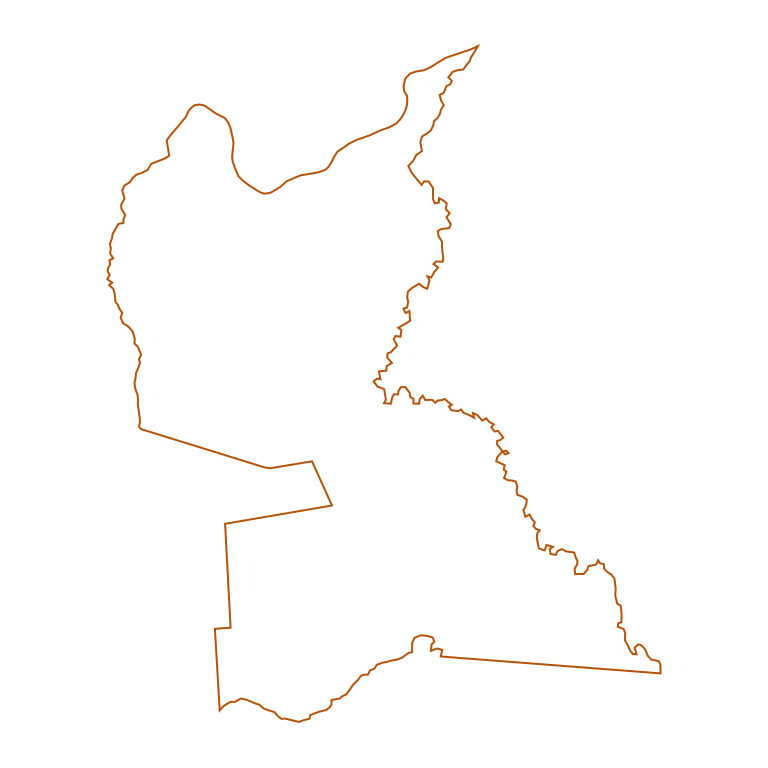 Britânia, Goiás, Brazil
{"feature_id": "56859067B24733519848985", "entity_name": "Britânia", "entity_type": "district", "adm_level": 2, "iso_a3": "BRA", "parent_name": "Brazil", "parent_adm1": "Goiás", "projection": "mercator", "projection_center": [-51.172, -15.205], "detail": "fine", "context": "isolated", "style": "outline", "palette": "amber", "viewbox_px": 768, "rotation_deg": 0, "n_neighbors": 0, "source": "geoboundaries", "source_scale": "gbopen_adm2", "svg_char_len": 5200}
<svg xmlns="http://www.w3.org/2000/svg" viewBox="0 0 768 768"><path d="M166.7,140.3L169.2,155.8L164.8,158.5L151.1,163.9L147.7,169.9L140.7,173.3L136.6,174.6L132.8,177.8L129.9,182.2L124.4,185.6L122.2,190.6L124.5,198.4L121.1,204.9L121.5,209.1L125.2,214.9L123.5,219.5L123.4,222.9L118.3,224.0L112.7,233.8L112.0,238.3L109.9,244.0L110.8,248.2L110.1,253.5L113.2,258.4L109.5,260.2L110.1,264.5L108.2,267.8L107.6,271.3L109.7,274.8L107.4,279.3L112.2,282.7L109.1,285.0L113.3,288.8L114.7,294.0L115.4,301.7L117.8,304.7L119.5,308.8L122.2,312.9L120.6,317.5L123.2,323.5L127.6,326.0L130.3,328.7L132.6,331.3L134.7,338.5L134.5,343.6L137.8,346.5L139.1,350.0L141.2,354.6L138.9,359.3L140.0,362.8L138.2,368.0L136.1,372.7L135.5,378.4L134.4,383.4L135.5,389.3L137.5,394.6L138.0,400.0L137.8,403.9L138.5,409.0L139.6,417.2L140.0,422.3L138.9,426.5L141.0,429.1L264.3,467.3L270.0,468.3L312.0,461.3L332.0,505.5L259.5,517.9L225.1,523.8L227.8,575.3L230.6,627.7L214.9,628.8L219.7,710.4L223.5,706.1L230.3,701.9L235.3,701.7L240.9,698.5L246.7,699.8L255.7,703.6L259.6,704.8L262.8,708.0L267.4,710.0L274.5,712.1L278.1,716.3L281.5,718.9L285.3,718.6L293.0,720.5L298.9,721.9L303.8,720.1L309.3,718.8L310.4,715.0L319.3,711.7L326.1,710.0L329.7,707.3L331.5,704.5L331.5,700.0L339.6,698.5L342.2,696.3L346.2,694.4L349.5,690.0L353.0,684.9L358.3,679.5L360.7,676.0L364.1,674.7L368.0,674.5L370.0,670.4L374.3,668.8L376.8,664.9L382.4,662.7L386.5,662.1L390.2,660.8L397.4,659.5L402.5,657.5L405.1,655.4L408.5,653.0L412.1,652.2L412.1,647.8L412.2,642.8L414.5,637.8L421.0,635.3L427.3,635.9L432.6,637.5L434.3,641.7L431.6,644.4L430.9,650.8L437.2,648.5L442.2,649.9L440.8,656.5L660.6,673.4L660.4,664.3L658.7,661.1L651.3,659.6L647.6,655.6L645.5,650.0L641.8,645.5L638.2,644.4L634.7,647.6L636.5,654.3L632.7,653.9L629.8,649.9L627.7,645.1L625.0,640.4L625.2,632.9L623.6,629.0L617.8,626.8L618.2,623.3L621.4,622.3L621.6,614.7L620.8,605.8L617.1,603.5L615.2,595.0L615.7,588.9L615.1,583.8L614.4,578.5L611.3,574.5L607.6,572.2L604.1,568.8L603.9,564.3L600.0,563.2L598.1,560.3L596.1,564.6L588.4,566.2L587.4,569.8L583.6,574.0L578.6,574.0L575.2,574.2L574.6,568.8L577.1,564.6L577.5,561.0L575.9,558.0L574.1,552.5L566.2,551.4L561.9,549.1L557.6,550.9L555.8,554.9L550.6,554.0L549.7,549.3L552.9,546.9L546.5,544.9L544.7,550.4L538.8,548.4L536.8,537.9L537.3,533.3L539.7,530.4L535.7,528.7L533.4,526.1L534.8,522.5L531.8,518.8L529.5,514.5L525.4,516.9L523.4,509.9L525.3,506.9L526.4,503.7L526.7,499.5L522.5,496.6L517.3,494.8L516.6,490.8L517.3,486.5L515.7,481.5L511.9,480.5L507.8,480.2L504.0,478.1L505.3,474.9L506.4,471.6L503.7,469.6L504.7,465.2L500.1,463.1L496.2,461.2L497.4,457.1L502.4,451.4L500.5,448.5L497.1,444.5L497.2,440.9L500.6,439.9L503.3,437.5L498.0,430.9L494.7,431.5L491.3,427.3L493.8,424.3L489.2,421.9L486.3,418.4L482.2,420.5L477.3,415.0L473.0,413.1L474.1,417.8L469.1,415.0L463.5,412.8L461.2,409.5L457.8,411.1L451.4,410.3L449.0,406.5L451.9,404.8L447.9,401.8L444.8,399.0L441.5,400.2L437.9,400.5L435.3,402.7L432.0,399.8L425.2,400.0L422.8,395.7L419.6,399.2L419.1,403.7L413.4,403.5L413.4,398.8L410.1,396.8L409.7,392.9L405.3,387.1L400.8,387.2L398.5,391.0L397.9,394.4L394.0,394.2L392.2,397.4L390.9,403.7L384.0,403.2L385.9,399.8L384.2,389.1L377.4,386.6L373.6,381.2L377.2,378.6L380.4,379.2L378.9,371.4L386.3,370.7L386.8,366.0L391.9,362.9L387.2,357.6L387.6,353.4L390.9,352.2L397.1,345.6L393.7,339.3L395.4,336.0L400.5,336.7L401.4,330.2L398.3,327.7L406.6,323.1L410.1,320.7L409.4,311.1L405.5,313.0L403.5,308.6L407.1,307.3L408.2,302.0L407.1,297.0L408.0,291.4L412.1,287.9L419.1,283.7L422.9,286.9L427.0,288.8L428.2,285.5L429.5,280.3L427.4,276.4L431.3,277.4L434.3,272.0L438.1,267.5L433.5,264.1L436.0,261.5L442.7,261.7L443.3,257.9L442.4,251.6L442.0,246.9L442.0,241.8L438.6,236.1L437.8,231.0L441.3,229.0L449.2,228.1L450.8,224.2L446.5,217.3L449.7,213.2L445.8,209.2L446.7,203.6L443.9,200.8L439.0,198.2L438.8,202.6L434.7,203.3L433.1,199.3L433.0,188.0L428.6,181.5L424.0,181.4L421.6,184.9L418.4,181.0L415.9,178.0L411.4,172.3L408.4,166.0L413.4,160.5L416.2,155.1L421.9,151.1L420.3,142.2L422.0,136.6L427.2,133.3L430.9,130.3L433.3,125.3L434.0,121.1L437.6,117.9L440.1,113.6L440.8,110.0L443.8,105.1L441.1,100.6L439.7,94.9L443.7,92.9L446.5,86.0L450.1,84.5L451.8,80.8L448.3,77.3L452.8,71.7L458.5,70.0L463.2,69.6L466.6,64.9L469.8,61.1L471.1,57.2L474.6,51.7L477.9,46.1L470.0,49.7L462.6,52.1L458.3,53.6L454.6,54.8L445.5,57.9L437.4,62.8L430.9,67.1L424.1,70.2L416.2,71.5L410.1,73.5L405.3,78.6L403.5,86.2L404.4,91.7L407.1,96.0L407.3,100.5L406.9,105.3L405.7,109.6L403.4,114.5L400.0,119.6L396.3,123.5L389.0,127.4L379.7,130.7L369.4,135.5L356.6,139.9L348.9,143.7L343.0,148.0L337.6,151.5L334.3,156.5L331.5,162.1L328.8,166.5L325.4,169.8L318.1,172.4L307.2,174.3L301.0,175.2L293.4,178.3L286.4,181.4L280.3,186.9L273.1,191.3L269.8,193.0L264.1,193.7L260.3,192.3L257.1,190.5L253.6,188.2L250.0,186.1L242.8,180.6L238.5,176.3L236.0,170.7L232.8,162.2L232.1,157.4L232.6,151.8L233.5,143.1L232.8,138.6L231.1,130.9L230.2,127.0L227.9,122.2L224.7,117.9L220.7,116.0L215.7,113.4L209.3,108.8L204.3,105.5L199.6,104.5L195.0,105.1L192.1,107.0L188.5,111.0L185.6,117.3L182.3,121.1L178.2,126.2L176.0,128.8L172.0,133.3L169.5,136.6L166.7,140.3ZM502.4,451.4L505.2,454.4L508.6,453.2L506.2,450.7L502.4,451.4Z" fill="none" stroke="#b45309" stroke-width="2"/></svg>